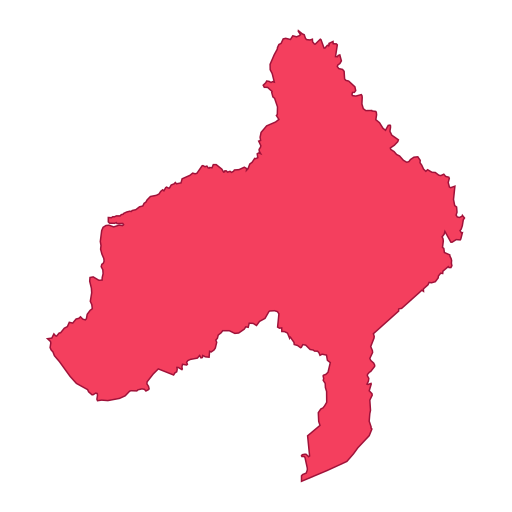 the district of Teotlalco, Puebla, Mexico
{"feature_id": "50627088B33545228853409", "entity_name": "Teotlalco", "entity_type": "district", "adm_level": 2, "iso_a3": "MEX", "parent_name": "Mexico", "parent_adm1": "Puebla", "projection": "equal_earth", "projection_center": [-98.836, 18.449], "detail": "fine", "context": "isolated", "style": "filled", "palette": "rose", "viewbox_px": 512, "rotation_deg": 0, "n_neighbors": 0, "source": "geoboundaries", "source_scale": "gbopen_adm2", "svg_char_len": 6009}
<svg xmlns="http://www.w3.org/2000/svg" viewBox="0 0 512 512"><path d="M337.3,44.9L336.4,43.9L333.2,43.7L333.0,41.5L329.0,43.4L329.3,44.3L328.8,45.6L328.5,45.0L327.3,45.4L324.9,48.1L324.0,48.0L321.0,39.7L320.3,39.2L315.3,44.1L314.5,44.1L312.6,41.9L312.4,39.2L310.0,40.0L306.6,39.6L305.5,38.4L304.2,34.7L302.2,33.8L298.4,30.7L298.3,31.3L300.5,34.7L299.3,35.7L296.6,36.8L292.8,35.8L290.4,39.5L285.7,38.3L283.2,38.9L281.1,43.4L278.9,44.5L277.5,47.5L277.3,49.1L274.2,54.8L270.1,64.3L270.2,69.7L272.2,73.6L274.3,82.1L272.6,81.6L271.0,82.5L269.2,81.4L266.7,81.0L265.8,82.7L263.2,85.2L264.3,87.3L267.6,87.4L272.0,91.4L271.7,92.4L272.9,96.9L274.6,98.3L277.5,106.9L277.3,114.5L276.4,115.5L278.9,119.4L275.6,122.0L266.6,125.9L261.1,132.4L260.1,137.2L260.6,140.5L258.7,141.1L260.8,145.6L260.6,147.0L259.1,149.4L259.2,151.1L260.7,153.7L258.7,152.9L257.2,153.8L257.8,157.7L255.5,158.7L254.7,158.4L252.1,162.3L249.8,164.0L248.0,168.7L246.5,170.3L246.7,168.6L244.3,167.2L239.1,169.6L234.4,170.0L233.5,171.3L231.5,172.4L230.0,171.3L227.6,172.2L226.3,170.9L224.9,170.8L224.6,171.8L223.6,172.1L221.8,169.1L216.2,164.6L213.3,164.6L212.0,167.8L209.7,167.5L209.3,168.1L208.2,167.9L206.9,166.1L205.0,166.7L202.9,165.6L202.1,165.8L196.9,173.3L195.1,173.8L192.7,173.1L190.0,175.3L182.1,178.8L181.0,182.9L176.5,183.8L175.3,182.5L174.2,183.8L171.2,185.0L169.5,188.0L168.6,188.1L166.5,187.1L165.6,187.8L163.9,190.8L162.7,189.8L160.7,191.4L159.0,194.0L156.4,195.3L150.4,196.5L147.1,199.9L145.9,202.1L144.1,203.3L142.8,206.0L139.5,206.8L135.8,209.7L132.2,210.5L131.2,211.5L129.8,211.2L126.7,212.0L123.7,213.4L123.0,214.3L121.3,214.6L120.1,215.9L116.3,215.9L114.4,216.8L112.8,216.7L111.4,217.7L108.3,217.5L108.3,221.9L109.6,223.2L114.7,223.3L116.3,222.6L117.0,223.6L122.7,223.4L123.6,224.7L122.6,225.6L119.0,225.2L113.7,226.9L109.0,225.2L106.0,225.5L103.1,227.3L101.7,230.5L100.3,241.5L101.0,245.5L100.6,249.2L101.9,254.1L103.8,258.5L104.1,261.2L103.2,263.4L101.8,264.3L101.2,266.7L102.8,269.7L103.1,273.7L102.2,277.5L102.1,280.1L98.9,280.3L93.2,276.9L90.0,277.5L89.7,281.2L91.4,288.2L91.7,292.8L90.3,301.3L91.8,304.6L92.3,308.7L90.1,310.4L87.2,314.3L86.4,318.7L85.3,319.9L82.7,319.1L80.5,316.8L78.9,318.3L76.1,319.0L72.7,323.1L69.3,322.3L67.4,326.6L64.3,328.2L60.6,332.8L59.2,333.0L56.6,336.1L55.5,335.8L53.9,333.9L51.8,338.1L47.5,338.7L50.5,341.5L50.8,343.0L50.1,347.6L51.1,349.9L53.0,352.0L54.4,355.7L59.5,361.7L70.1,376.4L76.4,383.4L87.6,389.6L88.6,391.8L92.0,394.8L93.2,394.7L95.7,393.1L97.2,393.5L97.5,395.2L96.9,399.2L97.5,400.7L101.6,400.1L107.8,400.6L119.5,398.4L125.2,395.8L129.6,391.2L131.0,390.7L136.8,390.9L138.0,389.8L141.9,388.9L144.4,389.3L145.9,391.0L148.4,389.7L149.1,388.9L148.5,386.3L146.9,383.9L147.1,381.8L153.2,374.0L158.3,368.9L173.6,375.0L175.0,372.8L176.7,371.8L177.2,369.3L176.9,367.4L178.1,367.4L181.9,369.6L182.3,369.0L181.9,366.9L182.5,364.3L186.6,365.0L187.4,364.3L186.6,362.3L187.8,360.6L190.4,359.4L197.4,358.1L199.6,355.5L201.0,357.9L202.4,357.5L202.8,355.5L205.3,356.8L209.1,357.2L209.6,351.3L211.1,352.0L214.0,350.0L215.3,348.1L216.7,342.3L215.8,340.1L217.4,338.3L218.2,335.1L221.2,332.7L222.7,330.7L229.3,330.7L234.8,333.4L238.7,333.0L244.2,329.2L245.8,326.8L248.2,327.3L249.2,323.2L253.2,323.4L256.5,325.5L259.5,321.4L265.0,318.4L268.9,311.6L269.7,311.0L274.5,310.7L277.4,311.6L278.9,313.8L277.6,327.1L279.5,328.2L281.7,327.9L281.8,331.5L284.5,331.6L287.5,333.1L289.6,338.2L290.1,337.0L290.4,337.2L294.0,342.4L294.2,344.5L297.6,345.5L300.6,347.7L301.3,347.4L302.8,344.6L305.7,345.1L310.1,349.5L313.1,350.0L314.6,351.1L317.6,351.2L319.0,352.8L320.0,355.3L322.1,354.2L326.5,355.1L327.4,360.3L330.3,362.6L328.0,372.3L325.8,374.4L323.5,375.2L323.1,375.9L323.7,378.5L323.2,380.3L325.2,383.4L325.4,387.6L326.6,391.5L326.7,402.3L324.6,405.9L323.0,407.9L320.8,409.0L318.3,412.7L318.7,421.4L320.0,425.4L307.6,435.8L309.6,456.0L308.6,456.7L306.1,454.3L304.9,454.2L302.3,454.7L301.5,455.7L301.9,456.5L304.4,456.6L305.0,457.6L307.3,468.1L307.3,470.0L306.2,473.1L302.7,474.5L301.5,475.8L301.5,481.3L327.6,470.3L346.9,461.4L353.5,453.8L357.9,447.7L369.2,435.7L371.9,429.0L371.0,427.9L371.1,426.9L369.2,421.2L369.8,413.6L370.5,410.3L369.8,400.1L372.2,395.2L372.0,393.7L369.2,390.8L371.2,384.1L371.0,383.4L368.0,384.5L367.0,384.1L368.4,381.2L368.8,378.4L367.3,375.7L367.5,374.4L369.5,372.1L370.7,371.5L374.6,366.5L374.7,365.2L373.7,363.1L370.8,360.5L369.8,358.4L372.6,352.5L372.4,350.6L370.7,346.6L374.0,338.1L374.2,336.4L373.4,333.7L398.7,311.0L398.6,309.2L399.0,308.8L401.6,308.4L421.9,290.2L423.5,291.3L423.4,288.9L428.0,284.8L429.1,282.4L431.5,282.8L435.3,281.7L438.2,277.9L438.4,276.0L440.7,273.2L442.7,273.5L442.9,271.2L448.3,266.6L449.0,267.6L450.9,267.6L451.9,265.7L451.4,263.2L451.6,260.5L451.1,258.5L449.9,256.1L449.8,254.9L444.4,252.5L443.8,248.4L442.5,247.4L443.3,241.0L443.0,238.7L442.1,236.9L444.2,234.1L444.9,231.4L450.9,242.2L452.1,242.2L456.2,239.6L460.2,239.9L460.8,239.0L462.4,232.7L461.5,232.9L460.0,230.6L461.2,229.1L462.3,225.8L463.3,219.8L464.5,218.0L462.4,215.4L462.2,216.1L459.5,217.5L457.3,217.0L456.1,215.1L457.0,212.2L456.6,207.0L454.7,205.6L453.5,199.5L454.9,186.2L450.6,187.7L449.4,187.0L448.2,182.5L449.3,178.4L448.8,177.2L445.6,176.4L443.8,174.2L440.8,175.6L438.8,175.2L435.3,172.5L432.0,172.3L427.6,169.7L425.8,171.3L423.6,169.2L421.7,165.1L420.0,162.7L420.2,160.3L417.8,156.8L413.9,157.2L410.5,159.5L408.9,161.6L406.8,162.3L403.4,160.3L399.6,156.0L396.6,154.5L394.1,151.6L390.7,149.4L390.3,148.0L394.4,145.2L397.8,141.6L398.4,139.8L391.8,135.2L389.9,131.3L390.5,127.6L390.5,125.7L390.0,125.1L388.2,125.4L385.5,130.3L383.0,128.3L379.5,122.7L375.8,119.7L376.6,114.8L376.3,112.2L375.7,111.4L372.1,111.0L371.8,110.5L365.8,110.6L363.3,108.7L361.9,104.0L362.2,97.6L362.0,95.7L361.3,94.6L355.8,96.1L352.4,95.6L352.0,94.2L352.5,92.4L354.3,92.4L355.7,90.6L354.9,86.8L348.7,81.1L345.7,80.3L344.6,78.9L344.1,71.3L342.5,69.4L338.8,68.6L337.3,66.6L337.7,65.1L339.9,63.5L341.4,60.9L339.8,54.9L338.1,55.5L337.5,56.7L335.5,56.6L337.3,44.9Z" fill="#f43f5e" stroke="#9f1239" stroke-width="1.5"/></svg>